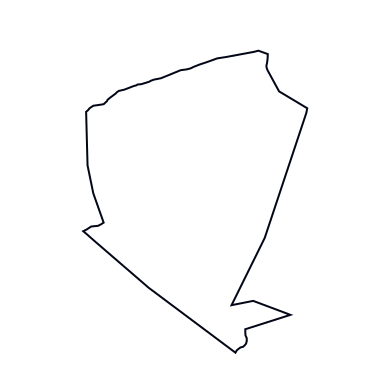 San Juan del Estado, Oaxaca, Mexico (Robinson projection), rotated 190°
{"feature_id": "50627088B28332603563682", "entity_name": "San Juan del Estado", "entity_type": "district", "adm_level": 2, "iso_a3": "MEX", "parent_name": "Mexico", "parent_adm1": "Oaxaca", "projection": "robinson", "projection_center": [-96.772, 17.333], "detail": "fine", "context": "isolated", "style": "outline", "palette": "ink", "viewbox_px": 384, "rotation_deg": 190, "n_neighbors": 0, "source": "geoboundaries", "source_scale": "gbopen_adm2", "svg_char_len": 1020}
<svg xmlns="http://www.w3.org/2000/svg" viewBox="0 0 384 384"><g transform="rotate(190 192 192)"><path d="M218.1,90.2L121.3,41.3L120.6,43.4L120.0,44.4L118.8,45.7L117.3,47.3L114.7,48.5L113.4,50.3L112.4,52.1L112.2,54.9L112.8,57.8L114.4,60.0L115.1,62.9L115.7,66.1L73.8,88.1L112.8,95.4L115.9,94.2L133.4,87.4L112.4,159.4L93.1,290.0L93.1,294.5L123.7,306.2L138.8,325.1L140.2,327.6L140.7,329.5L140.5,331.9L140.7,336.2L141.3,341.0L147.2,342.0L151.1,342.7L155.5,340.7L181.8,330.9L189.7,328.2L190.3,328.0L200.4,322.2L206.4,319.0L212.3,315.4L214.7,313.6L218.3,311.9L224.3,310.0L242.4,298.6L248.9,296.1L251.7,294.5L253.4,293.1L260.6,289.4L264.3,288.4L265.3,287.4L268.2,286.0L276.3,281.1L281.5,278.9L283.1,277.5L284.2,275.8L288.9,270.8L291.2,268.1L291.4,266.9L294.2,263.2L296.3,262.4L304.2,259.8L307.4,256.7L308.6,254.5L310.2,252.6L299.5,200.1L289.0,173.6L273.7,146.5L274.7,145.6L275.8,144.5L278.6,142.4L285.3,140.5L289.1,136.9L292.3,134.5L288.5,132.3L279.5,126.8L218.1,90.2Z" fill="none" stroke="#020617" stroke-width="2"/></g></svg>